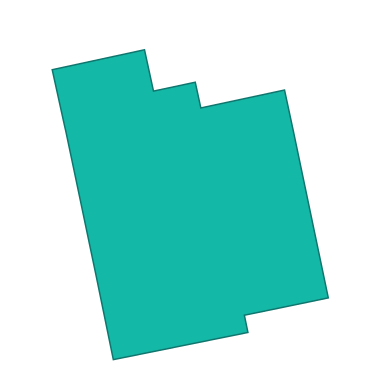 Burke, North Dakota, United States of America (Albers equal-area conic projection), rotated 258°
{"feature_id": "52423323B74352330437058", "entity_name": "Burke", "entity_type": "district", "adm_level": 2, "iso_a3": "USA", "parent_name": "United States of America", "parent_adm1": "North Dakota", "projection": "albers", "projection_center": [-102.401, 48.773], "detail": "fine", "context": "isolated", "style": "filled", "palette": "teal", "viewbox_px": 384, "rotation_deg": 258, "n_neighbors": 0, "source": "geoboundaries", "source_scale": "gbopen_adm2", "svg_char_len": 374}
<svg xmlns="http://www.w3.org/2000/svg" viewBox="0 0 384 384"><g transform="rotate(258 192 192)"><path d="M340.7,80.7L340.3,80.7L284.0,81.1L277.1,81.2L227.2,81.1L128.7,80.8L44.4,80.2L43.0,217.5L60.6,217.6L60.3,260.5L60.1,303.3L230.3,303.8L272.5,303.7L272.4,218.1L298.7,218.0L298.7,175.3L341.0,175.1L340.7,80.7Z" fill="#14b8a6" stroke="#0f766e" stroke-width="1.5"/></g></svg>